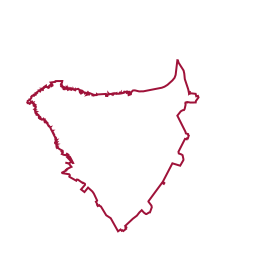 outline of Sector 1, Bucharest, Romania, rotated 145°
{"feature_id": "2599482B44480573036225", "entity_name": "Sector 1", "entity_type": "district", "adm_level": 2, "iso_a3": "ROU", "parent_name": "Romania", "parent_adm1": "Bucharest", "projection": "equal_earth", "projection_center": [26.069, 44.488], "detail": "fine", "context": "isolated", "style": "outline", "palette": "rose", "viewbox_px": 256, "rotation_deg": 145, "n_neighbors": 0, "source": "geoboundaries", "source_scale": "gbopen_adm2", "svg_char_len": 5978}
<svg xmlns="http://www.w3.org/2000/svg" viewBox="0 0 256 256"><g transform="rotate(145 128 128)"><path d="M48.3,154.8L48.7,155.2L58.5,144.2L61.1,142.4L64.3,141.5L70.9,140.7L74.4,140.9L77.2,141.6L94.3,149.2L97.9,151.6L100.8,154.9L101.9,155.6L102.5,155.9L105.0,155.4L106.3,154.0L108.6,154.6L108.2,155.5L106.9,155.0L105.7,157.6L106.2,157.0L106.8,157.3L106.9,156.9L106.5,156.5L107.5,157.0L107.0,158.1L107.7,157.0L108.8,157.4L108.1,158.6L110.0,159.3L110.5,159.0L110.9,159.3L110.8,159.7L111.7,159.4L112.2,159.7L112.0,160.2L112.3,159.9L112.8,159.9L112.8,160.2L113.4,160.5L114.1,160.4L114.4,160.7L114.1,161.0L114.9,160.8L115.2,161.0L115.1,161.4L115.7,161.2L116.0,161.4L115.8,161.7L116.1,161.5L116.8,162.0L116.7,162.3L116.9,162.1L117.5,162.5L117.4,162.8L118.0,162.7L118.2,163.0L118.3,163.1L118.9,163.5L118.7,163.7L119.6,164.0L119.6,164.3L120.0,164.2L119.8,164.5L120.2,164.8L121.2,163.9L121.5,164.1L121.2,164.5L121.7,164.9L121.4,165.2L123.8,166.4L123.8,166.8L124.3,167.1L124.3,167.5L124.9,166.6L125.8,167.1L126.6,166.1L127.6,166.9L126.6,168.6L133.8,173.0L134.0,173.5L134.4,172.9L134.8,173.0L135.6,173.4L136.0,174.1L136.8,174.1L137.5,174.9L137.8,174.6L138.3,175.1L137.5,175.6L139.3,178.4L140.7,177.7L141.5,178.4L142.7,178.8L141.4,179.2L141.6,179.6L140.3,180.1L140.3,180.3L142.0,179.7L142.3,181.1L143.5,181.0L143.5,182.4L144.2,184.9L145.8,186.8L146.0,186.2L145.6,186.2L144.9,184.8L145.1,183.7L145.6,183.8L145.7,183.1L146.7,183.2L146.6,184.8L146.9,184.9L145.9,187.2L146.4,188.7L148.6,189.6L149.6,189.2L149.8,189.6L149.3,190.3L150.3,190.3L150.7,190.9L150.6,191.6L151.0,191.3L151.2,191.5L151.8,191.3L151.6,191.5L152.0,191.8L151.6,192.2L151.9,192.8L152.7,192.0L153.1,192.5L152.4,193.3L153.2,193.5L153.1,193.9L154.2,193.7L154.2,194.9L154.8,194.5L154.8,193.8L155.2,193.8L154.7,195.4L155.3,194.7L155.5,194.9L155.1,195.8L155.4,195.6L155.4,196.1L156.0,195.4L156.5,195.8L156.0,196.7L156.6,196.8L156.4,197.1L156.6,197.5L157.8,196.2L158.2,196.5L158.4,196.7L157.0,198.3L157.3,198.8L158.2,198.2L158.3,198.4L157.4,199.0L157.7,199.5L157.9,199.5L157.8,199.9L158.3,199.6L158.7,200.3L158.2,200.5L158.4,200.9L157.8,201.3L158.1,202.0L157.2,202.7L156.2,202.9L154.9,204.2L160.5,208.0L161.1,207.5L165.2,209.6L165.2,206.6L165.9,206.6L165.9,206.1L167.0,206.2L167.1,207.8L169.4,207.5L169.5,206.5L170.3,206.6L171.3,209.2L171.0,209.7L172.0,209.7L172.0,208.9L172.3,209.1L173.3,209.2L173.7,209.7L174.0,209.6L173.6,209.1L173.9,209.0L174.5,209.5L175.2,209.3L174.4,208.6L175.5,209.3L175.3,208.9L175.5,208.6L175.6,208.9L176.0,208.7L176.0,209.3L176.3,209.4L176.7,208.9L178.3,209.5L177.9,208.9L179.0,208.4L179.2,209.5L182.6,209.5L182.6,208.8L182.9,208.8L182.9,209.4L183.3,209.4L183.4,209.1L183.9,209.4L184.0,209.0L184.7,209.0L184.7,208.3L185.1,208.4L185.1,208.9L186.2,208.5L186.3,209.3L187.4,209.2L187.4,208.9L188.2,209.4L189.5,209.0L189.7,208.2L192.2,207.4L192.5,207.8L192.8,207.5L194.6,207.7L195.1,207.1L195.8,206.7L195.7,206.3L195.9,205.9L195.2,205.4L194.8,204.4L194.0,204.7L193.9,204.4L192.3,205.3L192.0,205.1L191.9,204.7L192.6,204.5L192.2,203.6L191.5,203.9L191.7,203.1L191.3,203.0L191.9,202.7L191.7,202.0L191.2,202.1L191.0,201.4L191.3,201.2L191.3,200.8L191.0,200.4L191.5,200.4L191.1,199.9L191.1,199.4L192.1,199.5L191.5,198.0L193.1,197.0L193.7,197.0L193.5,196.7L193.9,196.8L194.2,195.2L193.6,194.1L194.4,194.4L194.4,194.0L194.7,193.9L194.6,193.6L195.1,193.5L195.2,193.1L195.1,191.7L194.3,191.6L194.3,191.3L194.8,191.0L194.2,190.7L194.0,190.3L194.3,190.1L194.0,189.6L194.0,189.0L194.3,188.0L194.8,188.1L195.0,187.7L193.6,187.4L193.6,187.1L195.0,187.0L194.9,186.4L194.5,186.4L194.5,185.9L194.1,185.9L194.1,184.8L193.8,184.3L193.3,184.4L192.9,183.8L191.9,184.0L191.9,183.7L192.2,183.6L192.1,182.6L192.0,182.2L191.5,182.3L191.9,181.2L191.4,181.1L191.4,180.8L192.8,180.8L192.8,180.2L191.9,179.6L191.7,178.9L191.2,178.9L191.1,178.3L191.6,178.3L191.9,175.2L191.5,175.2L191.4,173.2L191.1,173.1L191.4,173.0L191.8,170.9L191.4,170.7L191.8,170.8L192.0,169.4L191.7,169.2L191.9,169.2L192.0,168.8L191.9,167.8L192.2,167.8L192.3,167.3L192.0,167.1L192.3,167.2L192.5,165.7L192.2,165.7L192.3,164.9L192.7,164.9L193.1,162.0L192.7,161.9L192.7,161.5L193.0,161.5L193.1,160.1L194.0,160.4L194.2,160.0L193.4,159.3L194.1,158.9L193.7,158.8L194.0,158.7L194.4,157.3L196.1,157.9L196.3,157.5L194.7,156.9L195.3,156.7L195.4,156.3L195.0,156.2L195.5,156.2L195.7,155.7L195.4,155.4L196.3,155.6L196.6,154.9L195.8,154.6L196.2,154.6L196.5,154.1L196.2,153.6L196.7,153.6L196.9,153.1L196.6,152.8L197.5,153.2L197.6,152.9L197.2,152.7L197.3,152.4L196.6,152.4L196.7,151.6L196.1,149.7L194.6,146.9L194.7,146.5L195.9,146.6L195.6,145.2L197.1,144.6L196.1,143.0L194.4,141.3L192.8,141.9L192.2,140.4L192.9,140.1L192.8,139.8L193.4,139.5L192.4,138.5L192.1,137.6L193.0,130.8L193.4,131.0L193.9,135.7L194.4,139.1L194.6,139.1L193.6,132.7L196.8,133.0L199.2,135.6L196.9,132.8L196.6,128.6L201.1,129.4L201.2,129.1L202.8,129.3L202.9,128.6L207.5,129.3L207.7,128.7L202.7,123.8L202.7,122.7L204.0,121.8L203.9,121.4L200.6,114.5L199.4,115.1L198.6,114.3L196.7,109.0L196.3,109.1L195.3,107.1L195.8,106.1L201.7,104.6L200.4,100.5L194.9,102.1L193.6,96.5L193.6,93.9L194.9,86.3L195.6,86.0L196.6,86.0L196.9,82.7L197.4,82.7L197.5,81.4L195.9,81.2L196.0,80.7L195.2,79.2L195.9,69.0L193.9,64.0L195.4,49.1L192.3,49.1L192.1,47.4L191.2,47.4L190.9,46.3L187.4,46.5L187.4,47.6L186.3,47.7L186.5,49.4L176.1,50.9L171.0,51.1L167.1,52.3L163.9,52.8L163.5,49.5L162.7,47.3L162.2,46.9L159.1,46.7L158.4,46.3L154.0,49.4L153.3,51.0L153.5,56.0L153.2,56.3L131.5,63.6L130.7,61.7L129.8,62.1L130.3,64.0L111.9,73.6L106.9,67.2L101.1,69.9L100.5,70.6L98.9,74.4L99.4,75.7L101.0,78.0L100.3,79.6L87.5,86.4L86.4,85.1L85.6,85.7L85.0,85.1L82.5,87.0L82.8,88.0L82.3,88.6L83.7,90.4L83.1,92.0L80.5,109.8L75.2,111.4L73.0,111.2L71.9,110.6L70.7,111.1L67.5,114.0L66.8,115.5L66.2,115.9L65.0,115.0L64.6,115.3L62.1,112.9L57.9,110.1L56.8,111.2L52.7,112.6L52.3,114.2L53.9,114.8L53.0,117.2L56.4,120.2L58.2,120.8L56.0,122.7L58.0,121.7L56.5,125.1L53.4,135.5L50.7,140.3L49.5,143.2L49.1,152.5L48.3,154.8Z" fill="none" stroke="#9f1239" stroke-width="2"/></g></svg>